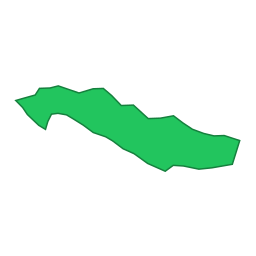 Platanistasa, Nicosia, Cyprus (Equal Earth projection), rotated 268°
{"feature_id": "46923920B38913041590387", "entity_name": "Platanistasa", "entity_type": "district", "adm_level": 2, "iso_a3": "CYP", "parent_name": "Cyprus", "parent_adm1": "Nicosia", "projection": "equal_earth", "projection_center": [33.065, 34.986], "detail": "fine", "context": "isolated", "style": "filled", "palette": "green", "viewbox_px": 256, "rotation_deg": 268, "n_neighbors": 0, "source": "geoboundaries", "source_scale": "gbopen_adm2", "svg_char_len": 683}
<svg xmlns="http://www.w3.org/2000/svg" viewBox="0 0 256 256"><g transform="rotate(268 128 128)"><path d="M170.7,40.9L164.2,36.4L161.2,24.0L159.4,16.8L152.2,23.4L145.0,27.9L139.7,33.1L133.7,39.0L129.5,45.5L137.3,48.1L144.5,52.0L145.1,58.5L143.3,67.0L139.1,73.5L132.5,83.3L124.7,93.1L120.0,105.4L115.8,112.0L107.4,122.4L102.1,133.2L91.9,146.4L83.5,163.7L89.1,171.9L88.1,182.1L84.4,197.4L85.3,210.6L88.1,231.0L111.5,239.2L117.1,223.9L117.1,213.7L119.9,203.5L124.5,192.3L131.1,183.1L138.6,173.9L136.7,160.7L136.7,148.5L150.7,134.2L150.7,122.0L161.0,112.8L168.4,104.7L168.4,94.5L164.7,80.2L172.5,59.8L170.7,51.4L170.7,40.9Z" fill="#22c55e" stroke="#15803d" stroke-width="1.5"/></g></svg>